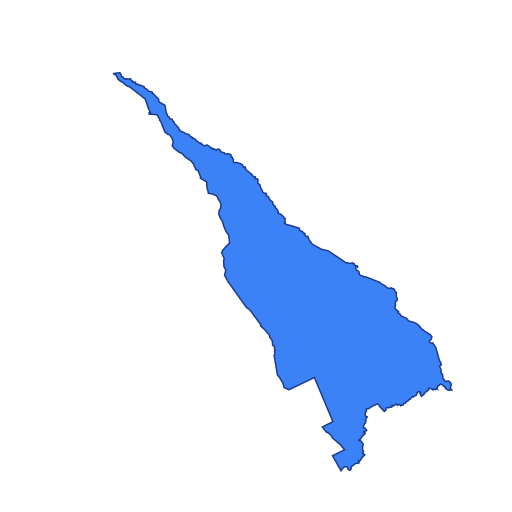 the district of Ancasti, Catamarca, Argentina, rotated 138°
{"feature_id": "61730980B28877560844945", "entity_name": "Ancasti", "entity_type": "district", "adm_level": 2, "iso_a3": "ARG", "parent_name": "Argentina", "parent_adm1": "Catamarca", "projection": "albers", "projection_center": [-65.553, -29.088], "detail": "fine", "context": "isolated", "style": "filled", "palette": "blue", "viewbox_px": 512, "rotation_deg": 138, "n_neighbors": 0, "source": "geoboundaries", "source_scale": "gbopen_adm2", "svg_char_len": 5988}
<svg xmlns="http://www.w3.org/2000/svg" viewBox="0 0 512 512"><g transform="rotate(138 256 256)"><path d="M336.5,39.5L333.8,40.2L330.9,40.0L329.7,38.8L329.4,37.7L330.1,36.4L330.2,34.9L330.0,34.3L329.0,33.8L328.0,34.0L326.6,35.4L325.3,35.6L320.7,35.1L318.1,33.3L316.9,34.1L316.8,35.0L315.8,34.3L314.6,34.3L313.5,35.1L310.2,35.3L309.1,35.7L308.6,35.3L308.1,35.5L308.8,37.7L308.0,38.1L307.9,38.8L306.6,39.2L306.6,40.5L304.4,42.9L302.2,44.4L301.8,49.2L303.0,49.8L302.8,50.4L300.6,50.1L297.0,51.1L294.0,50.9L293.3,51.6L294.1,52.9L293.9,53.4L293.0,53.4L291.2,52.3L290.3,52.4L290.2,55.3L291.1,56.3L290.8,57.1L287.5,58.7L286.2,58.7L285.6,59.5L284.6,59.8L283.9,61.4L281.0,62.0L281.7,64.1L281.3,64.9L279.1,66.7L277.6,66.8L276.9,68.0L275.9,68.6L275.0,67.5L274.0,67.1L270.1,66.6L264.8,64.9L264.1,62.2L264.8,61.7L264.7,54.6L262.5,54.5L261.3,55.9L260.6,56.1L259.4,54.8L257.6,53.9L257.1,53.9L257.0,54.4L257.0,53.5L256.3,52.9L254.7,53.9L254.8,53.1L254.3,52.7L251.6,52.3L250.5,51.7L250.8,50.4L249.8,50.3L248.6,49.5L248.7,47.8L247.4,47.7L246.3,46.7L244.7,47.5L243.4,46.7L242.1,47.1L239.6,46.5L238.5,47.0L237.4,46.4L234.7,46.8L234.1,46.7L233.6,46.0L232.0,46.0L230.3,45.2L228.6,45.9L228.1,46.6L226.0,46.4L225.1,45.7L225.1,44.6L226.3,44.2L226.2,43.3L227.0,41.0L223.7,40.8L223.0,41.3L220.8,41.3L217.2,41.0L216.3,42.2L214.9,40.7L214.2,39.2L214.4,38.6L213.8,37.9L213.1,38.3L211.8,36.5L210.6,36.5L210.4,35.9L210.2,36.8L208.9,36.9L208.0,37.8L206.4,37.2L205.4,37.5L204.2,37.2L203.5,34.9L203.8,34.1L203.0,31.8L203.7,31.4L203.6,29.3L202.5,27.1L200.7,26.1L200.3,25.4L200.0,26.3L200.5,27.0L199.8,27.9L196.6,30.0L196.2,33.0L196.7,34.5L199.2,36.0L199.5,36.7L198.9,37.7L198.9,40.1L196.6,43.2L196.6,45.4L195.1,47.0L194.0,49.1L193.6,51.3L191.2,51.1L190.8,51.7L189.9,53.6L189.8,55.2L183.7,67.5L182.8,73.3L184.5,74.3L184.6,75.9L184.1,76.8L182.1,76.7L179.3,78.2L179.3,80.3L179.0,80.7L179.5,82.3L180.0,82.5L180.0,84.6L181.0,87.0L181.1,89.5L181.8,90.7L181.6,92.5L181.9,93.1L181.3,93.8L181.5,95.3L181.9,95.6L181.6,97.4L181.9,98.3L182.5,99.0L182.7,100.5L186.0,105.5L185.9,109.6L187.1,111.2L187.3,112.4L188.4,114.5L187.8,116.5L188.5,118.7L187.9,119.2L187.3,119.1L187.1,119.6L187.6,120.2L187.7,122.1L188.1,122.6L187.1,124.7L184.8,126.5L183.5,128.4L182.0,128.8L181.2,128.4L179.4,129.8L179.5,130.4L178.1,133.0L176.0,135.0L176.4,137.0L175.5,138.8L175.9,140.1L176.7,140.4L176.6,141.6L177.8,142.1L179.8,144.3L180.1,147.8L181.4,151.1L181.6,153.4L188.2,166.8L190.0,168.6L189.9,169.6L190.8,170.4L191.6,173.0L190.1,175.2L190.0,176.1L190.7,178.5L190.3,180.1L188.8,181.1L188.0,179.8L187.4,180.4L187.3,180.9L188.2,181.6L188.8,184.1L188.2,184.7L188.9,185.8L188.8,186.2L190.9,187.5L192.4,189.3L192.5,190.0L193.5,190.2L198.9,211.6L202.7,216.9L206.0,226.1L206.2,227.3L205.7,232.8L204.3,235.9L205.5,237.0L205.9,238.0L205.4,239.0L204.8,239.4L204.8,240.7L205.5,241.2L205.1,243.0L206.3,245.6L206.1,246.6L205.2,247.5L209.6,255.1L212.1,258.7L213.0,261.1L212.3,261.6L211.8,261.3L210.4,263.5L209.3,264.0L209.8,265.6L209.3,266.4L209.5,270.2L210.9,273.1L209.6,274.2L209.1,277.5L209.4,278.1L208.5,280.2L209.0,281.2L208.1,284.5L207.4,285.1L208.3,287.9L207.7,288.7L207.8,289.8L207.4,291.3L207.0,291.5L208.0,293.8L207.5,294.9L206.7,295.1L206.6,295.8L207.1,296.6L207.6,296.7L208.3,298.5L207.2,301.8L207.0,303.3L205.5,306.2L205.9,308.7L204.3,310.8L203.4,311.3L203.7,312.9L204.7,313.7L204.8,314.6L203.6,315.1L203.5,315.5L204.4,316.4L204.8,317.5L204.8,319.3L204.4,319.6L205.0,321.5L205.1,324.0L205.7,324.9L205.4,328.4L204.7,328.7L204.4,329.5L205.5,330.1L205.9,331.0L205.0,332.7L205.5,333.4L205.4,334.3L207.9,338.7L210.0,340.0L210.0,340.7L209.0,342.4L208.4,342.6L207.9,344.9L207.5,345.1L208.1,346.7L206.9,347.7L207.2,349.1L208.3,350.7L210.6,352.0L210.5,353.9L212.3,356.7L211.8,359.9L213.5,361.3L214.5,361.2L215.8,364.2L216.7,364.4L216.4,365.4L217.4,367.3L217.2,367.8L217.9,371.1L220.6,372.4L221.7,375.6L221.2,376.1L221.8,377.4L222.8,378.5L222.6,379.9L223.1,381.0L222.9,383.2L223.8,385.2L224.5,385.9L223.8,386.2L224.9,389.5L224.5,391.0L226.7,394.4L226.7,395.9L227.9,397.7L228.6,399.6L228.3,400.4L228.8,400.9L227.6,403.6L228.0,405.5L227.7,407.0L228.1,408.3L227.4,410.2L227.3,412.6L226.8,414.0L228.3,415.4L227.6,417.7L228.0,418.1L227.9,419.3L226.9,421.6L227.0,422.3L222.9,428.8L222.9,429.8L223.6,431.0L224.2,433.5L224.8,434.3L224.9,435.7L223.5,437.6L223.7,445.3L224.2,446.3L223.5,447.1L223.5,447.7L225.0,449.4L225.6,450.8L225.6,452.6L226.4,455.8L225.9,456.5L226.0,457.2L228.0,460.9L228.4,460.8L228.9,463.1L229.8,463.3L230.4,463.9L230.3,464.6L230.0,464.5L229.2,465.8L230.1,466.3L230.7,467.6L231.3,467.8L230.8,469.0L231.2,470.6L230.7,471.3L230.8,471.9L232.2,472.6L232.7,473.5L233.2,473.6L234.1,474.7L234.4,474.5L235.4,475.8L235.1,477.0L235.4,478.6L235.9,479.1L234.4,482.5L234.7,483.4L239.2,486.6L240.0,486.5L239.0,484.2L240.2,479.6L239.8,476.4L239.0,474.8L238.1,468.6L236.6,465.9L233.3,446.7L237.7,436.5L238.4,433.5L238.8,433.0L239.8,433.9L240.5,433.0L234.9,427.1L236.3,421.8L236.8,421.4L236.7,419.9L240.9,408.6L240.0,406.8L240.2,405.6L239.2,404.2L239.5,399.9L241.3,396.0L244.0,394.4L244.8,393.5L244.6,392.2L244.9,391.1L243.7,384.3L242.4,382.0L242.3,376.6L240.6,369.7L241.0,367.5L240.6,366.5L242.0,363.6L242.0,362.4L243.0,360.7L241.9,358.2L244.4,351.5L245.3,351.2L243.1,344.0L246.2,340.5L246.3,339.7L247.2,338.9L248.2,336.4L249.5,334.5L247.0,331.5L244.9,326.8L246.0,323.6L247.0,318.5L250.1,315.3L253.2,314.3L255.8,311.8L256.7,309.0L257.2,308.5L257.4,305.6L258.3,303.0L260.0,299.8L261.9,294.0L262.3,290.1L264.0,287.3L267.0,283.3L271.2,283.2L276.9,282.5L279.3,281.5L281.3,275.5L283.6,273.8L286.8,269.7L288.0,265.6L292.3,262.7L293.9,255.9L297.6,223.9L296.6,220.4L298.4,201.9L299.3,201.1L298.8,194.4L299.1,187.5L300.2,186.5L300.6,182.2L303.4,178.5L302.6,176.5L304.6,174.3L304.8,173.0L305.9,173.0L307.5,170.5L309.0,170.1L319.6,153.3L319.8,149.9L321.2,143.3L323.1,139.6L321.1,134.6L293.9,126.6L309.7,81.4L321.1,84.6L321.6,77.7L320.6,76.6L320.2,72.2L320.9,69.6L319.5,58.4L319.8,57.0L319.7,52.7L332.8,56.4L336.5,39.5Z" fill="#3b82f6" stroke="#1e3a8a" stroke-width="1.5"/></g></svg>